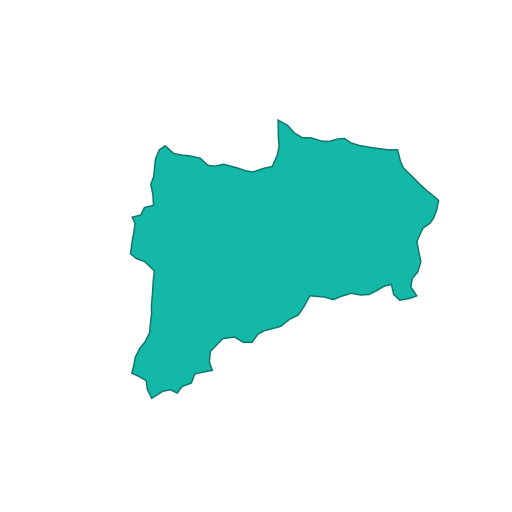 Lagoa Seca, Paraíba, Brazil (Mercator projection), rotated 134°
{"feature_id": "56859067B23041586194223", "entity_name": "Lagoa Seca", "entity_type": "district", "adm_level": 2, "iso_a3": "BRA", "parent_name": "Brazil", "parent_adm1": "Paraíba", "projection": "mercator", "projection_center": [-35.864, -7.147], "detail": "fine", "context": "isolated", "style": "filled", "palette": "teal", "viewbox_px": 512, "rotation_deg": 134, "n_neighbors": 0, "source": "geoboundaries", "source_scale": "gbopen_adm2", "svg_char_len": 1587}
<svg xmlns="http://www.w3.org/2000/svg" viewBox="0 0 512 512"><g transform="rotate(134 256 256)"><path d="M314.1,372.0L316.6,365.6L323.2,360.7L329.0,357.0L341.6,347.8L340.9,340.1L337.4,332.4L337.2,319.0L346.4,311.7L353.3,305.7L359.5,300.7L364.9,296.2L370.1,291.0L377.5,285.4L385.0,279.3L394.6,276.2L402.7,275.5L412.5,272.6L420.2,267.5L426.5,264.0L423.9,256.4L421.9,248.4L427.5,241.3L430.8,232.2L418.1,229.1L411.7,224.7L409.3,217.4L401.1,218.5L392.3,214.3L383.3,218.1L375.6,212.9L368.6,208.0L364.7,215.9L356.5,222.5L348.1,222.5L338.6,222.5L329.2,215.2L326.9,205.2L320.8,198.8L311.2,200.3L303.9,198.1L289.6,189.4L278.3,187.9L269.2,184.6L259.2,186.3L247.2,189.6L238.0,178.3L233.7,170.1L226.0,166.8L216.5,161.4L211.3,153.6L205.2,148.0L197.1,145.1L189.1,143.0L182.4,138.8L188.0,130.3L188.0,121.9L179.3,115.7L173.0,112.7L170.7,123.0L163.7,128.0L155.3,128.5L145.6,133.4L139.7,142.1L133.8,150.3L126.3,153.2L119.6,155.3L111.6,153.6L104.9,154.7L96.9,158.3L89.2,163.2L89.6,170.1L90.3,177.6L90.6,186.3L90.3,199.7L90.3,210.8L87.8,217.4L81.2,228.0L87.1,233.9L92.2,240.6L98.8,249.7L104.6,258.3L108.6,265.9L110.0,274.1L115.1,278.5L122.6,282.8L127.7,288.4L132.8,298.5L138.9,305.1L140.8,313.9L140.1,324.2L142.9,334.5L149.6,327.8L156.2,321.2L160.5,316.0L168.3,310.9L180.3,306.5L187.0,311.0L197.9,316.7L202.2,323.2L205.5,330.5L212.5,343.0L220.2,348.2L224.2,353.7L224.4,364.0L230.0,373.3L234.8,379.2L239.5,386.5L239.8,397.9L246.8,399.3L256.1,395.7L262.6,390.6L269.5,385.0L277.6,381.4L283.1,373.3L290.7,364.9L298.7,369.9L306.5,367.3L314.1,372.0Z" fill="#14b8a6" stroke="#0f766e" stroke-width="1.5"/></g></svg>